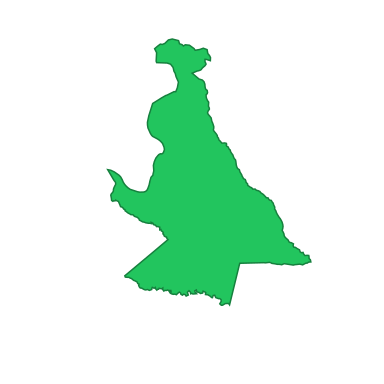 the district of Barreiras do Piauí, Piauí, Brazil, rotated 138°
{"feature_id": "56859067B34709570800353", "entity_name": "Barreiras do Piauí", "entity_type": "district", "adm_level": 2, "iso_a3": "BRA", "parent_name": "Brazil", "parent_adm1": "Piauí", "projection": "natural_earth1", "projection_center": [-45.701, -10.026], "detail": "fine", "context": "isolated", "style": "filled", "palette": "green", "viewbox_px": 384, "rotation_deg": 138, "n_neighbors": 0, "source": "geoboundaries", "source_scale": "gbopen_adm2", "svg_char_len": 5147}
<svg xmlns="http://www.w3.org/2000/svg" viewBox="0 0 384 384"><g transform="rotate(138 192 192)"><path d="M185.1,241.4L186.0,240.9L187.4,240.3L188.9,240.5L190.0,241.6L191.6,242.0L193.0,241.9L194.3,241.7L196.1,241.4L197.9,240.6L199.8,239.7L202.9,237.6L206.0,233.6L206.8,232.9L209.0,231.4L209.9,230.6L211.6,230.5L212.7,230.3L215.9,228.3L219.2,225.9L222.4,224.2L224.2,223.5L226.1,223.5L227.8,224.2L230.9,226.8L232.3,228.6L236.2,235.4L236.8,238.2L237.0,241.1L236.9,243.1L236.5,245.4L235.6,247.9L234.9,251.1L235.0,253.4L236.3,258.9L237.8,262.5L239.7,265.0L242.2,252.8L242.3,250.6L242.9,249.6L243.7,248.7L245.5,248.1L247.8,247.1L249.0,246.2L249.9,245.2L251.5,244.8L253.6,244.5L254.6,243.8L255.3,242.6L256.1,241.3L257.4,239.5L257.0,238.0L256.0,237.9L255.2,236.9L254.2,237.1L253.8,235.9L253.0,234.2L254.3,230.4L254.9,228.9L254.2,227.9L253.9,226.2L254.2,225.1L253.6,223.8L254.3,222.8L254.0,221.8L253.8,220.3L253.6,219.2L252.9,217.4L252.6,216.1L251.7,215.2L251.0,214.3L251.1,212.5L250.4,211.2L249.6,209.8L249.4,207.7L249.9,206.3L249.4,205.0L248.7,202.8L247.7,201.6L247.0,200.1L246.3,199.2L245.0,197.6L244.2,197.0L243.2,195.5L242.6,196.6L241.9,194.8L242.3,193.2L241.3,191.8L241.5,190.0L240.5,189.2L239.5,187.4L240.4,186.5L241.3,185.4L240.2,184.9L240.8,183.7L240.4,182.2L240.7,180.8L241.6,180.4L241.6,179.0L242.1,177.9L241.7,176.4L241.1,175.6L241.7,174.2L241.7,172.7L260.2,173.3L298.0,174.7L298.5,173.4L297.1,171.8L296.0,170.8L295.5,169.2L294.9,168.2L294.5,165.4L293.8,164.1L293.0,161.8L293.6,160.3L293.0,159.0L294.2,158.2L294.7,156.5L294.7,155.3L293.7,154.2L293.1,152.3L292.6,151.1L291.9,150.2L290.3,149.3L289.5,147.4L288.5,147.0L287.2,146.5L286.4,147.2L285.3,147.7L284.6,145.9L283.1,145.6L283.8,144.6L283.8,142.6L282.7,142.7L281.9,142.1L280.9,142.5L279.4,140.4L278.0,140.2L279.0,139.2L279.2,137.2L278.1,137.1L276.7,135.8L275.7,135.5L275.3,134.5L274.6,133.8L273.6,133.0L274.3,131.8L275.5,133.2L275.8,131.3L275.3,129.9L274.4,128.5L273.1,127.6L272.3,126.1L271.2,126.2L269.2,126.2L268.3,126.0L268.1,124.6L268.7,123.3L268.1,121.7L266.6,121.7L265.7,120.1L266.0,118.6L263.7,117.9L263.2,119.1L262.5,120.6L260.3,120.7L260.2,118.8L261.1,117.2L260.0,116.8L259.6,115.6L256.7,113.4L256.8,115.1L256.1,116.7L254.3,116.3L255.2,114.5L253.9,112.4L253.6,110.9L251.7,109.8L250.1,110.9L249.0,108.2L250.6,106.8L249.0,105.0L248.1,102.1L248.1,100.6L247.5,99.8L245.5,101.0L244.2,100.1L245.0,97.6L243.6,94.9L242.7,94.2L242.4,92.6L243.5,91.2L246.2,90.3L246.0,88.2L245.0,87.4L243.4,87.1L242.1,86.9L240.5,85.7L239.4,84.6L239.6,83.0L206.9,105.3L204.2,107.1L186.0,91.5L184.8,90.2L181.5,87.9L180.8,86.8L180.4,85.5L178.3,83.0L177.0,81.2L175.2,79.5L174.0,77.9L171.5,77.1L165.6,69.9L164.1,69.1L162.9,68.2L160.2,66.3L158.5,63.8L156.4,63.3L155.2,63.0L153.8,62.0L152.3,61.9L150.5,60.5L149.9,61.5L149.4,62.4L149.5,64.2L148.3,65.7L147.7,66.7L148.7,67.8L150.7,69.3L150.5,71.3L149.9,72.8L151.3,73.7L151.7,75.1L150.8,77.1L151.8,79.8L152.1,81.5L153.3,83.0L152.8,84.4L151.3,85.6L152.2,88.0L152.9,88.8L153.3,90.1L152.7,91.9L153.1,95.8L152.8,97.7L151.7,99.4L151.1,101.2L150.7,103.1L149.1,104.1L147.4,105.5L146.3,107.1L145.2,109.4L144.7,111.2L144.3,113.1L144.2,114.8L143.6,118.2L143.0,120.3L142.2,122.2L142.0,124.1L141.1,124.8L140.4,125.9L140.1,127.4L139.1,129.5L139.1,131.0L138.7,132.7L139.8,134.1L139.8,135.4L139.4,136.7L140.6,138.0L140.5,139.3L140.6,140.6L140.6,142.3L141.4,145.5L141.2,147.0L142.0,148.8L143.0,150.2L143.1,151.9L144.9,153.5L144.8,155.3L145.5,156.6L145.7,157.8L146.2,159.6L145.3,160.7L145.3,161.8L145.3,163.1L144.7,164.0L144.1,165.6L144.8,167.5L144.4,168.8L144.2,170.1L143.6,171.4L142.9,174.9L141.9,176.9L142.4,178.9L142.0,180.5L141.0,182.5L140.0,183.9L138.9,185.5L138.2,186.7L138.2,188.7L137.5,190.7L136.8,192.3L136.7,193.9L136.5,195.4L136.2,196.4L135.5,197.6L135.7,199.0L135.3,200.3L135.0,201.6L135.6,202.8L135.1,204.0L134.2,204.4L134.0,205.4L135.2,206.9L136.2,207.5L137.1,208.5L137.0,210.9L137.1,212.8L136.3,214.3L136.2,216.0L135.4,217.1L135.1,218.9L135.0,220.9L134.9,222.7L134.5,223.9L133.1,224.9L132.0,226.1L131.1,228.1L130.5,229.5L129.9,231.4L128.2,234.2L128.0,237.0L128.0,238.8L127.5,240.4L126.1,241.3L123.7,241.9L123.0,242.8L122.4,244.7L119.5,247.6L119.3,249.5L118.7,251.5L117.9,253.1L116.5,254.8L114.9,254.9L113.9,255.5L112.7,257.4L113.1,258.9L112.5,260.5L111.5,262.0L110.3,263.5L109.3,265.9L109.4,268.3L111.2,271.3L112.4,280.2L107.1,278.4L106.0,277.7L104.3,277.0L103.3,276.8L101.5,277.2L99.6,277.2L98.3,277.1L96.2,277.5L95.6,278.4L95.3,279.9L93.6,281.9L92.7,281.1L90.5,277.3L88.3,279.5L87.7,281.6L87.6,284.3L85.5,287.7L87.4,291.3L90.8,292.7L94.8,295.2L94.5,297.2L95.7,302.8L98.5,305.9L100.7,306.3L100.8,308.2L102.1,310.5L100.7,313.5L104.3,318.9L107.8,320.8L112.8,320.6L115.3,321.5L116.6,323.1L120.2,323.4L123.9,323.5L125.1,319.2L131.1,313.2L131.7,311.8L124.2,304.5L122.4,301.3L122.7,297.2L124.6,293.8L125.1,291.4L126.7,288.3L128.5,282.8L133.1,279.3L137.0,277.4L138.2,278.6L145.7,280.7L147.0,281.3L152.2,282.4L154.7,282.8L162.0,284.1L173.0,277.6L178.5,273.6L180.3,271.5L181.9,269.0L183.7,263.4L184.1,261.1L184.0,259.6L182.1,254.4L181.7,252.7L181.4,250.8L181.4,249.3L181.4,247.8L182.9,243.8L184.2,241.9L185.1,241.4Z" fill="#22c55e" stroke="#15803d" stroke-width="1.5"/></g></svg>